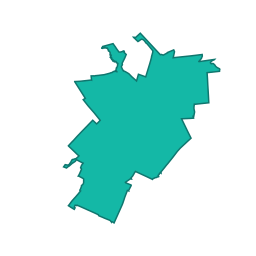 Pantelimon, Constanta, Romania (Albers equal-area conic projection), rotated 201°
{"feature_id": "2599482B44343640744399", "entity_name": "Pantelimon", "entity_type": "district", "adm_level": 2, "iso_a3": "ROU", "parent_name": "Romania", "parent_adm1": "Constanta", "projection": "albers", "projection_center": [28.363, 44.596], "detail": "fine", "context": "isolated", "style": "filled", "palette": "teal", "viewbox_px": 256, "rotation_deg": 201, "n_neighbors": 0, "source": "geoboundaries", "source_scale": "gbopen_adm2", "svg_char_len": 5333}
<svg xmlns="http://www.w3.org/2000/svg" viewBox="0 0 256 256"><g transform="rotate(201 128 128)"><path d="M175.0,95.7L177.3,90.0L177.2,89.9L172.6,88.0L165.8,85.1L164.4,84.6L163.8,84.4L164.2,83.6L164.4,83.0L164.8,82.1L165.1,81.8L165.2,81.4L165.4,81.0L166.6,80.1L167.9,79.0L168.6,78.7L168.9,78.1L169.1,76.8L169.2,75.5L169.7,73.9L169.8,73.0L169.9,72.8L170.9,71.8L173.5,71.3L174.2,68.6L171.1,68.6L169.9,70.7L169.1,71.7L169.1,71.8L167.4,75.0L167.4,75.4L167.0,75.5L165.4,77.8L165.2,78.2L164.8,79.9L159.5,79.3L157.3,79.1L158.0,76.6L158.0,73.8L157.9,73.7L157.2,73.5L156.9,73.3L156.7,73.1L156.7,72.9L156.7,70.8L156.9,67.1L157.2,65.3L156.8,65.4L156.5,65.4L151.8,64.8L151.3,64.6L151.1,64.5L150.3,62.2L150.0,61.7L149.9,61.1L149.8,60.3L149.9,59.3L150.6,58.0L150.8,57.4L150.6,57.1L150.5,56.3L150.5,54.7L150.5,53.6L150.7,52.7L150.2,52.3L149.9,52.2L149.7,52.2L149.8,51.7L150.4,50.4L150.5,49.7L151.5,46.9L152.4,44.4L152.6,44.0L152.7,43.6L153.1,42.8L153.2,42.3L153.8,40.9L154.3,39.4L155.2,36.1L155.8,34.1L152.4,33.4L150.3,33.0L149.0,32.8L148.8,34.5L149.8,34.8L149.7,37.0L148.0,37.2L147.9,37.7L143.1,37.5L128.5,36.7L124.6,36.4L124.1,35.8L123.7,35.6L119.3,35.5L117.9,35.4L111.8,35.3L111.4,35.2L110.9,34.9L110.3,34.5L110.1,34.4L109.9,34.5L109.8,34.4L109.8,34.6L109.2,34.8L107.0,34.4L106.0,52.6L105.9,54.4L105.9,56.1L106.1,60.6L106.2,61.9L106.2,63.1L106.2,66.0L106.2,69.5L104.8,69.5L105.0,69.8L105.0,70.0L104.4,75.4L104.5,75.6L104.7,75.9L104.9,75.9L110.3,76.0L110.6,76.1L111.0,76.4L107.7,81.2L106.4,81.6L107.3,82.5L106.5,84.6L106.3,85.7L106.0,87.5L106.0,88.1L105.6,89.4L105.5,90.1L93.4,89.3L86.7,88.8L86.6,89.6L86.4,89.7L85.4,90.7L85.3,91.0L84.6,91.5L84.2,91.6L83.4,92.3L82.8,93.1L82.6,93.2L82.2,93.3L81.9,93.6L82.9,94.6L82.3,95.9L82.4,96.5L82.0,97.6L81.7,97.9L81.3,98.0L81.3,97.9L81.1,97.7L80.9,97.6L80.9,97.8L81.1,98.0L81.3,98.4L81.6,98.5L81.1,99.9L79.7,104.1L78.8,107.1L78.1,109.0L75.7,116.5L73.5,124.0L72.0,127.9L68.1,135.9L65.5,141.1L71.2,146.3L81.3,155.8L73.3,159.3L70.3,160.7L71.0,162.0L71.3,162.0L71.4,162.4L70.8,162.5L71.5,166.6L71.7,167.1L73.0,169.1L73.5,170.0L73.9,171.1L74.4,173.0L74.6,174.0L74.3,174.0L61.6,180.5L64.5,187.0L68.9,196.7L71.5,202.6L74.0,208.0L62.9,213.7L63.1,214.1L63.2,215.3L63.3,215.6L63.5,215.9L63.8,216.1L66.4,216.4L67.8,216.8L68.7,217.3L69.6,218.0L70.6,218.4L71.4,218.7L71.6,218.7L72.2,218.5L72.6,218.3L73.2,217.8L73.4,217.8L73.6,218.0L74.1,218.1L74.4,218.4L74.6,218.9L73.5,221.1L71.8,222.8L71.7,223.1L85.5,215.4L85.7,215.5L84.4,219.2L84.4,221.4L84.4,221.8L85.1,223.2L91.1,220.0L93.6,218.7L94.3,218.3L111.0,209.8L111.9,215.8L112.0,216.0L113.3,217.3L117.5,213.3L117.4,213.3L117.8,212.6L121.2,208.7L123.3,208.6L123.9,208.2L124.1,208.0L150.5,220.9L153.3,215.3L155.4,214.7L155.1,214.5L154.2,214.2L153.9,214.1L151.7,213.1L149.7,212.3L148.4,214.0L148.1,214.7L147.1,215.8L145.4,215.9L144.9,215.7L143.8,215.2L142.7,214.5L142.2,214.1L141.5,213.7L140.9,213.7L137.6,211.9L132.4,208.9L132.0,207.3L131.6,203.0L131.4,202.4L131.0,198.8L130.7,195.2L130.3,189.4L129.8,182.1L137.5,181.9L136.9,175.0L142.8,177.2L146.7,179.0L150.9,179.7L152.6,179.6L152.8,180.1L153.4,180.1L153.6,180.2L155.9,182.5L156.1,182.7L156.2,183.0L155.9,185.1L156.0,185.2L156.6,186.1L156.6,186.6L156.6,187.1L156.1,192.1L156.0,196.0L158.7,197.2L158.7,197.5L158.8,198.0L159.5,198.5L160.1,198.1L160.0,197.8L160.4,197.6L162.1,196.3L162.8,195.9L163.6,195.7L164.0,195.9L166.2,197.3L167.8,198.4L168.7,199.1L169.5,199.6L172.2,201.4L180.9,195.0L180.9,194.1L181.1,193.6L181.2,193.4L181.1,193.1L180.7,193.2L180.7,193.3L180.3,193.2L179.9,193.4L179.9,193.6L179.9,193.8L179.0,194.4L178.8,194.5L178.5,194.8L178.2,194.4L177.9,194.6L177.7,194.7L177.2,194.9L176.9,194.8L176.7,194.9L176.4,195.1L176.2,195.2L176.0,194.8L175.5,194.7L175.2,194.4L174.9,194.4L174.2,193.6L174.1,193.4L174.1,193.2L173.8,193.1L173.7,192.9L173.3,193.0L173.0,192.9L172.3,192.5L171.9,192.1L171.7,192.0L171.5,191.5L171.4,191.1L171.3,190.9L170.9,190.6L171.1,190.1L171.0,189.9L170.9,189.8L170.3,190.0L170.0,190.0L169.7,189.6L169.8,189.5L170.1,189.5L170.3,189.4L170.3,189.2L169.8,188.7L169.7,188.6L169.8,188.4L169.9,188.2L169.9,187.9L169.5,188.1L169.0,187.9L169.1,187.6L169.2,187.3L169.1,187.2L168.8,187.3L168.7,187.4L168.5,187.5L168.3,187.5L168.1,187.2L168.5,187.1L168.6,186.9L168.4,186.6L168.0,186.4L167.7,186.0L167.1,186.1L166.8,186.1L166.7,186.0L166.4,186.2L166.2,186.1L166.4,185.7L166.4,185.4L166.2,185.1L165.6,185.3L165.2,185.2L164.8,185.0L164.6,185.3L164.5,185.5L164.4,185.4L164.3,185.2L164.1,185.0L163.9,185.1L163.8,185.3L163.9,185.5L163.6,185.5L163.4,185.7L163.2,185.8L162.9,185.5L162.5,185.4L162.4,185.3L162.4,185.0L162.0,184.7L161.1,184.8L160.7,184.7L160.4,184.3L160.5,184.0L160.5,183.5L160.3,183.1L160.3,182.9L160.2,182.7L160.0,181.8L160.0,181.0L160.4,180.4L160.4,180.2L160.1,179.7L160.1,179.4L160.3,178.9L160.3,178.7L159.9,177.9L159.8,177.6L159.5,177.3L159.4,177.1L158.9,176.9L158.6,176.6L158.8,176.5L159.1,176.6L159.6,176.7L159.8,176.9L160.2,177.0L160.4,176.9L160.2,176.3L161.9,175.5L162.1,175.2L162.5,174.3L163.0,174.0L163.8,173.4L164.8,172.5L169.4,169.2L173.4,167.1L173.5,167.0L177.3,165.1L178.3,164.4L179.0,164.3L181.1,163.4L179.2,159.7L179.3,159.7L189.6,154.4L194.1,152.4L194.4,152.3L194.4,152.2L178.5,140.4L180.0,138.4L172.9,134.2L165.5,130.3L156.7,125.2L158.2,121.6L158.8,120.6L163.7,122.6L170.0,107.9L172.5,101.9L174.9,95.7L175.0,95.7Z" fill="#14b8a6" stroke="#0f766e" stroke-width="1.5"/></g></svg>